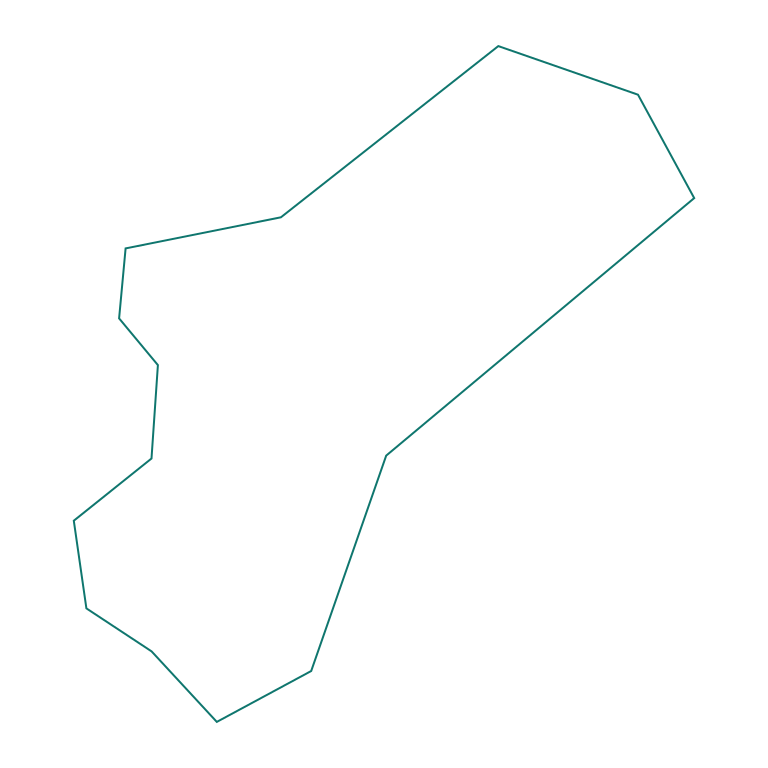 San Giljan, Robinson projection
{"feature_id": "MLT-5935", "entity_name": "San Giljan", "entity_type": "state/province", "adm_level": 1, "iso_a3": "MLT", "parent_name": "Malta", "parent_adm1": "", "projection": "robinson", "projection_center": [14.492, 35.918], "detail": "fine", "context": "isolated", "style": "outline", "palette": "teal", "viewbox_px": 768, "rotation_deg": 0, "n_neighbors": 0, "source": "natural_earth", "source_scale": "10m", "svg_char_len": 302}
<svg xmlns="http://www.w3.org/2000/svg" viewBox="0 0 768 768"><path d="M498.3,46.1L638.0,94.7L694.2,198.1L386.2,455.6L311.2,671.0L216.8,721.9L151.6,651.4L86.4,608.4L73.8,520.7L151.5,458.5L157.9,365.1L119.1,318.4L125.6,248.4L280.9,217.3L498.3,46.1Z" fill="none" stroke="#0f766e" stroke-width="2"/></svg>